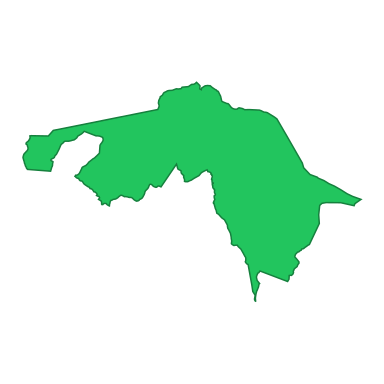 outline of San Antonino el Alto, Oaxaca, Mexico
{"feature_id": "50627088B50879419202268", "entity_name": "San Antonino el Alto", "entity_type": "district", "adm_level": 2, "iso_a3": "MEX", "parent_name": "Mexico", "parent_adm1": "Oaxaca", "projection": "robinson", "projection_center": [-97.071, 16.822], "detail": "fine", "context": "isolated", "style": "filled", "palette": "green", "viewbox_px": 384, "rotation_deg": 0, "n_neighbors": 0, "source": "geoboundaries", "source_scale": "gbopen_adm2", "svg_char_len": 5933}
<svg xmlns="http://www.w3.org/2000/svg" viewBox="0 0 384 384"><path d="M276.9,118.9L274.5,117.1L267.4,112.7L266.0,112.3L263.9,112.1L261.1,110.7L259.4,110.1L249.4,109.6L244.7,109.7L242.6,108.6L241.0,108.2L240.5,108.1L239.8,108.0L239.6,108.0L239.1,107.8L238.4,108.1L237.6,108.6L237.1,109.1L236.5,109.2L235.8,109.1L235.1,109.3L234.6,109.1L232.5,108.4L231.7,107.7L230.9,107.0L229.0,104.5L228.0,103.6L226.8,103.5L222.3,101.6L221.7,101.0L220.6,96.2L219.5,94.0L218.5,91.9L217.8,91.1L217.2,91.1L216.6,90.3L216.0,89.8L215.2,89.5L212.0,87.3L210.9,86.3L210.1,85.7L209.2,85.7L207.7,85.5L206.1,85.7L205.2,85.8L204.3,86.3L203.0,87.2L201.7,88.0L201.4,88.8L201.3,89.7L199.7,88.9L200.0,86.1L199.9,85.7L198.5,84.2L196.5,82.3L195.0,83.7L194.2,84.0L193.8,84.3L191.6,84.4L188.4,86.6L182.1,87.2L181.1,88.6L178.6,89.0L176.3,88.8L172.3,90.3L169.0,90.5L167.3,90.9L166.2,91.6L164.2,92.5L163.5,93.2L162.4,95.2L160.2,96.8L160.1,97.7L158.8,100.4L158.4,102.9L158.5,103.6L158.9,104.6L159.2,106.0L158.7,107.4L157.8,109.5L53.3,130.4L48.3,136.0L31.2,135.7L29.9,135.9L30.0,136.7L30.1,137.5L29.9,138.3L29.8,138.7L29.4,139.2L29.3,139.8L29.0,140.1L28.6,140.5L28.2,141.3L27.8,141.5L27.5,141.8L27.1,142.0L26.2,142.9L26.0,144.0L27.0,144.7L27.3,145.3L27.4,146.0L27.9,147.3L28.0,147.9L28.0,148.7L27.9,149.3L27.0,150.9L26.4,151.3L25.5,152.5L24.9,153.0L24.3,153.6L23.7,154.7L23.2,156.4L23.0,157.6L23.7,160.2L24.2,161.6L24.5,163.3L25.0,164.3L25.4,165.9L26.1,167.0L26.5,168.2L27.2,168.9L27.4,169.4L50.6,171.2L51.8,167.1L52.3,166.2L52.5,165.4L52.6,163.4L52.8,163.0L52.9,162.4L53.0,161.7L52.5,161.3L52.1,161.2L51.3,160.8L50.9,160.4L51.0,159.6L51.3,159.2L52.0,158.8L53.3,158.2L54.3,157.5L55.1,155.5L55.6,155.2L56.5,154.2L59.1,149.1L60.7,145.3L61.5,144.0L62.5,143.5L64.3,141.6L65.0,141.2L68.7,141.2L71.0,140.7L72.2,140.3L74.1,139.9L75.5,138.9L76.8,137.8L77.8,136.1L81.5,133.9L82.9,132.7L84.2,131.3L96.1,135.9L97.1,135.8L99.6,136.1L100.5,136.5L101.7,136.9L102.7,137.6L103.0,138.6L103.2,140.0L102.8,141.0L101.9,142.6L100.8,143.9L100.2,144.9L100.0,145.4L99.4,153.2L96.6,156.0L95.7,156.8L94.5,158.0L93.0,158.8L91.8,159.8L88.6,162.3L88.0,163.3L87.1,164.3L86.4,164.9L85.9,165.5L84.9,165.9L82.7,167.0L82.1,167.5L81.6,168.8L79.8,172.5L79.0,173.8L78.3,174.3L77.6,174.9L76.4,175.2L75.6,175.2L75.0,176.4L75.6,176.6L76.0,177.4L76.7,177.9L77.6,178.3L78.5,178.4L79.1,179.4L79.5,180.1L80.3,180.8L81.6,181.0L82.1,181.2L82.7,182.0L83.1,182.4L83.5,183.3L84.3,184.2L87.8,186.6L89.2,187.2L90.2,188.7L91.3,188.7L92.6,189.8L94.0,191.9L95.1,192.0L96.6,193.3L97.2,194.4L96.5,195.5L98.1,196.3L98.8,196.3L99.3,197.0L99.6,197.9L98.5,199.4L100.1,200.3L101.3,201.2L101.6,202.5L101.6,204.1L101.9,204.6L102.8,204.6L103.6,203.7L104.6,203.4L105.7,203.5L106.4,203.6L106.9,204.5L107.7,205.0L108.4,205.5L109.4,205.9L109.6,204.0L109.8,203.6L110.0,202.5L110.2,201.7L110.6,200.8L111.0,200.3L111.7,200.3L112.4,199.9L113.1,199.4L115.7,199.0L117.7,197.8L118.9,196.6L120.7,195.3L121.8,195.3L122.6,195.7L124.0,196.4L124.3,196.7L125.2,196.6L127.3,196.8L128.6,197.3L130.0,197.5L130.9,197.4L131.8,197.7L132.6,198.3L133.2,198.9L134.1,199.8L135.7,200.8L136.9,201.2L137.7,200.8L138.3,200.8L139.1,200.3L139.6,199.4L140.3,199.2L141.3,198.7L142.0,198.2L142.8,197.1L144.1,194.7L144.6,193.5L145.0,191.7L145.6,190.7L146.5,189.8L147.6,188.7L148.3,187.7L148.7,186.7L149.2,185.4L149.7,184.5L150.5,184.2L151.5,184.5L152.3,185.2L153.1,186.1L153.9,186.6L154.9,187.0L155.9,187.3L156.7,187.2L157.4,186.5L158.2,186.0L159.3,186.1L161.0,186.9L176.5,164.1L177.5,167.8L177.9,168.9L178.2,169.3L180.4,170.4L181.0,170.9L181.1,171.6L181.2,172.9L181.5,173.3L182.2,174.2L183.1,175.0L183.8,175.8L183.6,177.1L184.6,179.8L184.5,181.4L185.5,181.7L187.5,181.7L188.0,181.6L188.8,181.2L189.5,180.8L190.9,180.3L191.4,180.1L194.1,178.3L195.0,177.8L199.0,175.6L201.1,173.0L202.3,172.1L204.6,170.9L207.1,169.8L207.9,171.7L209.0,171.8L210.5,172.5L211.1,173.3L210.8,174.0L211.7,174.5L211.7,175.3L212.3,175.9L212.2,177.1L211.5,179.2L211.7,179.8L212.2,180.0L212.0,181.1L212.2,182.5L213.3,183.0L213.2,183.5L212.2,183.9L212.4,185.1L212.6,185.3L212.6,185.7L212.8,185.9L212.8,186.3L212.7,186.8L212.9,187.5L213.3,188.4L214.0,188.8L214.1,189.5L214.3,189.9L214.6,189.9L214.7,190.6L214.4,191.9L214.6,192.9L215.4,194.2L215.2,195.1L214.4,195.5L214.1,196.1L214.3,196.5L214.2,197.5L214.4,198.0L214.4,198.4L214.9,199.2L214.6,199.8L214.1,200.8L213.8,201.6L213.5,202.1L213.4,202.5L213.4,203.1L213.5,203.3L213.9,203.2L214.0,203.6L215.4,208.7L216.1,210.1L216.8,213.1L216.9,213.3L218.5,214.2L221.7,217.8L224.5,219.8L227.5,225.3L227.4,225.9L227.5,226.7L227.8,228.3L228.7,229.8L230.4,233.2L230.8,235.1L231.2,237.3L231.3,238.9L231.5,239.7L231.7,241.0L231.4,243.7L232.2,244.5L233.6,245.4L234.0,245.5L235.5,245.2L237.3,245.2L238.2,246.6L240.9,249.1L243.4,253.5L244.8,256.2L245.4,257.0L245.8,258.0L245.8,260.4L245.3,261.8L246.3,263.3L247.0,264.0L248.1,264.5L251.9,285.4L252.8,291.5L254.9,294.9L255.1,295.4L254.9,296.9L254.5,298.9L254.6,299.9L255.7,301.7L255.5,299.6L255.4,298.6L255.5,297.1L256.0,293.8L256.9,290.5L257.1,290.3L257.3,290.1L257.4,289.7L257.5,289.4L258.5,286.9L259.0,284.1L259.6,283.6L257.1,280.4L256.8,278.9L256.5,277.8L256.5,276.6L256.9,275.3L257.9,273.1L258.8,272.7L260.0,271.0L287.6,281.5L289.0,279.2L289.2,275.5L290.4,275.3L291.5,275.4L292.9,274.1L293.5,272.6L293.3,271.1L294.0,269.9L294.0,269.3L295.2,268.1L297.1,266.6L297.5,265.6L297.9,264.5L298.9,263.4L299.0,262.0L297.8,260.4L296.1,258.3L295.4,257.6L295.0,257.1L294.8,256.4L295.5,254.3L296.7,253.1L297.5,252.1L298.8,251.9L299.7,250.9L300.5,250.6L301.3,250.1L301.6,249.3L301.9,248.9L303.1,248.8L303.8,248.4L305.6,246.9L306.6,246.4L307.0,246.0L307.3,245.7L307.5,245.5L309.4,244.5L319.3,223.5L318.7,214.8L319.7,205.4L322.0,203.3L326.0,202.6L340.7,202.7L354.1,205.7L354.9,203.7L356.4,202.6L361.0,199.4L352.6,196.4L347.2,193.8L340.7,189.7L334.4,186.1L329.0,183.7L325.8,181.7L323.8,180.5L318.3,178.2L317.3,177.2L310.0,174.5L303.7,167.8L302.3,163.0L287.3,136.8L276.9,118.9Z" fill="#22c55e" stroke="#15803d" stroke-width="1.5"/></svg>